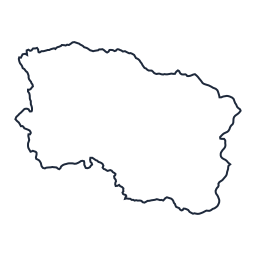 outline of Gameleiras, Minas Gerais, Brazil
{"feature_id": "56859067B89817296937915", "entity_name": "Gameleiras", "entity_type": "district", "adm_level": 2, "iso_a3": "BRA", "parent_name": "Brazil", "parent_adm1": "Minas Gerais", "projection": "albers", "projection_center": [-43.269, -14.981], "detail": "fine", "context": "isolated", "style": "outline", "palette": "slate", "viewbox_px": 256, "rotation_deg": 0, "n_neighbors": 0, "source": "geoboundaries", "source_scale": "gbopen_adm2", "svg_char_len": 5475}
<svg xmlns="http://www.w3.org/2000/svg" viewBox="0 0 256 256"><path d="M18.8,58.9L19.1,60.4L19.4,61.6L20.1,63.4L21.2,64.7L22.1,66.2L22.7,68.1L24.4,69.1L25.3,70.4L26.1,71.4L27.2,72.2L27.9,73.7L28.6,75.8L28.6,77.6L29.0,79.1L30.0,80.6L31.0,81.8L31.4,83.1L32.5,84.5L32.9,86.4L31.8,87.5L30.8,88.9L29.5,89.7L28.0,89.7L28.0,91.5L29.3,93.4L29.7,95.3L29.8,97.0L29.8,98.3L30.1,99.6L30.8,101.1L30.8,103.0L30.9,104.5L31.6,106.2L32.0,108.1L32.0,110.1L31.6,111.3L30.0,111.5L29.2,110.5L28.6,109.3L26.9,108.7L25.1,108.8L24.1,109.3L23.1,110.4L22.0,111.5L20.7,112.8L19.4,113.8L18.5,114.9L17.4,115.9L16.2,117.1L15.4,119.2L17.0,121.0L18.8,122.5L19.9,124.3L20.9,126.2L22.6,126.1L23.7,127.2L24.3,128.3L25.9,128.9L27.8,129.6L29.6,130.5L30.4,131.7L30.8,132.9L30.0,134.3L28.5,134.3L28.3,135.9L28.7,137.7L29.2,139.9L28.7,141.6L28.1,143.2L28.0,145.2L28.1,146.8L28.5,148.2L29.6,150.1L30.5,151.7L31.6,151.4L32.8,150.8L34.2,151.3L35.7,151.8L36.5,152.7L36.6,154.2L36.3,155.8L35.9,157.3L36.2,158.8L37.6,159.5L38.9,160.2L39.7,161.1L40.3,162.1L40.9,163.2L41.2,164.7L41.6,166.2L42.9,167.9L44.9,168.4L46.2,167.7L47.9,167.5L49.5,167.4L50.9,167.3L52.3,167.0L53.6,167.2L55.1,167.3L56.6,167.5L57.7,168.5L59.2,169.2L60.4,168.2L61.1,166.5L62.7,165.2L64.4,164.4L66.1,164.0L67.9,163.5L69.1,163.3L70.7,163.3L72.1,163.3L73.3,163.5L74.7,163.8L76.3,163.6L78.4,162.7L79.8,161.9L80.9,161.1L82.4,160.8L84.0,161.2L84.3,162.9L84.3,164.8L85.0,166.3L85.7,167.9L87.2,168.2L88.5,167.9L89.9,167.2L90.9,165.6L92.1,164.6L91.7,163.1L90.5,161.9L90.1,159.7L90.4,157.8L92.3,157.8L93.7,158.7L95.1,159.7L96.1,160.3L97.3,160.7L98.4,161.9L100.1,162.4L101.5,163.1L102.6,164.0L103.4,165.7L102.6,167.6L103.8,169.0L105.4,169.5L106.4,170.3L107.7,170.9L108.9,170.5L110.2,170.1L111.7,170.7L112.9,172.2L114.3,172.9L115.5,174.0L115.2,175.2L114.1,176.2L114.4,178.2L115.6,179.6L116.0,181.3L115.4,182.6L115.2,184.2L115.7,186.0L117.5,185.8L119.1,184.9L120.1,186.1L122.0,187.0L123.4,188.4L123.2,189.9L123.4,191.3L122.5,192.5L123.0,193.9L124.2,194.6L125.6,194.9L126.3,196.1L125.5,197.2L125.0,198.8L126.6,198.4L128.3,198.7L130.3,198.8L131.7,199.9L133.4,199.9L134.6,200.6L136.1,200.2L137.8,200.6L139.8,200.5L141.5,200.9L142.7,202.2L144.5,202.6L146.2,201.7L147.5,200.9L149.4,200.8L151.4,200.3L152.9,200.1L154.9,199.8L156.8,199.2L158.4,199.6L160.0,200.1L161.5,199.9L163.2,200.5L164.3,199.4L165.3,198.2L166.9,197.3L169.1,198.0L171.1,198.6L172.4,199.6L173.4,201.2L173.9,202.8L175.0,204.0L175.5,205.6L176.2,206.9L177.9,207.6L179.3,208.2L179.9,209.4L181.4,210.4L182.6,210.1L183.6,208.6L185.1,208.7L186.5,209.2L188.2,210.0L189.6,211.9L191.4,212.9L193.0,213.7L194.4,213.3L196.3,213.7L197.8,213.9L199.4,213.7L201.1,213.1L202.9,212.4L204.4,211.6L206.4,210.6L208.2,210.8L209.6,210.8L211.1,210.1L212.7,208.9L214.5,208.3L216.1,207.2L217.4,206.1L218.2,204.7L219.1,202.6L219.3,200.8L219.1,199.4L218.6,198.2L218.1,196.8L217.4,195.4L216.4,194.1L215.8,192.8L215.6,190.9L216.3,189.1L217.2,187.7L218.1,186.9L218.6,185.5L218.4,183.7L219.4,182.1L220.9,181.1L222.4,180.1L224.1,178.1L225.9,176.0L226.6,174.7L226.9,173.4L227.2,171.7L227.7,170.2L228.1,168.9L228.2,167.3L228.4,166.0L229.3,165.1L230.2,164.3L229.1,163.4L228.1,162.6L227.1,161.3L225.5,159.9L224.2,159.3L223.1,158.7L221.9,157.8L221.0,156.6L220.7,155.4L220.7,153.8L221.0,152.6L221.6,151.6L222.6,150.1L224.2,148.4L225.1,146.9L225.4,145.7L225.4,144.5L225.2,143.0L225.3,141.6L225.2,140.3L224.1,138.9L221.9,138.9L220.3,138.6L220.1,137.1L221.3,135.8L222.8,134.3L224.0,133.4L225.7,132.6L227.4,131.8L228.5,130.8L229.5,129.1L229.9,127.8L230.5,126.5L231.4,125.3L232.6,124.3L233.3,122.6L233.4,120.8L233.5,118.9L234.0,117.2L235.2,115.7L236.6,114.7L238.0,113.7L239.3,112.5L240.6,110.8L240.1,109.4L238.9,108.5L237.9,107.7L237.1,106.8L236.6,105.6L236.1,104.4L235.2,103.2L234.4,101.2L233.7,99.1L232.3,97.7L230.8,97.0L229.7,96.5L227.9,96.0L226.6,95.9L225.1,96.2L223.8,96.4L222.7,96.7L221.3,97.3L219.5,97.3L219.2,95.6L218.7,93.9L218.1,92.0L217.4,90.3L215.7,88.8L214.2,88.2L212.9,87.7L211.5,86.8L209.9,86.0L208.7,85.4L207.0,84.9L205.1,84.3L203.6,83.7L202.5,82.9L201.5,81.4L200.4,80.0L199.2,78.6L197.9,76.9L196.4,75.4L194.9,74.2L193.1,74.6L191.8,75.2L190.2,75.8L188.4,76.1L187.2,76.0L186.3,74.8L185.2,74.3L183.9,74.5L181.9,74.4L180.5,73.6L179.7,72.4L179.2,71.2L177.9,70.4L176.5,71.5L175.6,72.6L175.0,73.8L173.8,73.9L172.6,73.8L171.4,73.6L169.3,74.0L167.4,74.3L165.7,74.3L164.4,74.1L163.2,74.5L161.5,74.3L159.6,73.7L158.0,73.7L156.7,74.0L155.5,73.7L154.1,73.0L153.0,71.7L151.7,70.6L148.6,70.5L147.1,69.6L146.2,68.6L144.5,67.9L143.4,66.4L142.5,65.1L141.7,63.5L140.5,62.0L139.6,60.5L138.4,59.3L137.2,58.6L136.0,58.1L135.1,56.6L134.2,55.0L133.1,54.3L131.8,53.6L130.5,53.1L129.2,53.3L127.9,52.7L126.7,52.1L125.0,51.2L122.8,51.5L121.4,50.5L120.2,50.1L119.0,49.5L117.8,49.2L116.6,49.7L115.9,50.7L114.6,51.1L112.8,50.1L110.9,49.9L109.5,50.0L108.5,51.7L107.1,52.5L105.6,51.6L104.2,50.3L102.5,49.2L100.9,49.4L99.2,49.4L98.1,50.3L96.6,50.5L94.3,50.9L93.1,51.2L91.7,50.7L90.2,50.3L88.8,49.3L87.4,48.3L85.9,47.7L84.1,47.2L83.2,46.2L81.8,45.3L80.3,44.6L79.2,43.7L77.7,43.2L75.9,42.6L74.4,42.1L72.5,42.4L71.5,43.2L70.4,44.0L68.9,45.0L67.1,44.7L65.7,45.5L64.4,45.2L63.1,45.1L61.8,45.0L61.0,45.9L59.2,46.7L57.4,47.2L56.2,48.0L55.4,49.0L54.2,48.3L52.5,48.7L50.6,49.3L49.2,50.0L47.6,50.0L46.5,50.4L45.0,50.8L43.4,51.2L41.5,51.2L39.7,52.4L38.6,52.2L38.3,51.0L38.1,49.4L37.0,47.9L35.5,48.4L33.0,48.5L31.5,50.4L30.1,50.8L28.4,49.7L26.7,50.4L26.7,51.6L27.1,54.9L25.2,53.8L22.6,54.3L20.9,57.7L19.2,57.4L18.8,58.9Z" fill="none" stroke="#1e293b" stroke-width="2"/></svg>